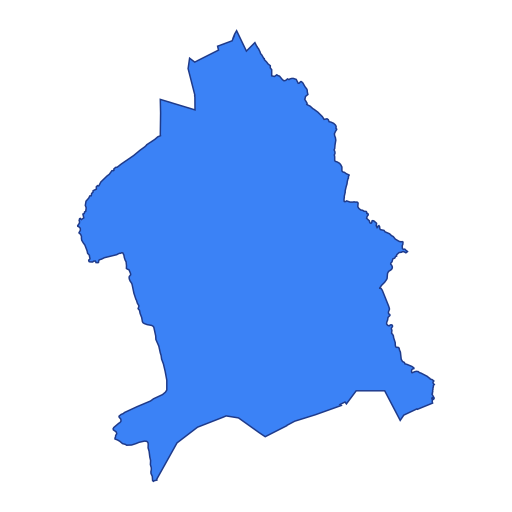 Zaka, Masvingo, Zimbabwe (Robinson projection)
{"feature_id": "62879985B3510020236883", "entity_name": "Zaka", "entity_type": "district", "adm_level": 2, "iso_a3": "ZWE", "parent_name": "Zimbabwe", "parent_adm1": "Masvingo", "projection": "robinson", "projection_center": [31.468, -20.378], "detail": "fine", "context": "isolated", "style": "filled", "palette": "blue", "viewbox_px": 512, "rotation_deg": 0, "n_neighbors": 0, "source": "geoboundaries", "source_scale": "gbopen_adm2", "svg_char_len": 6012}
<svg xmlns="http://www.w3.org/2000/svg" viewBox="0 0 512 512"><path d="M236.6,30.7L234.6,34.2L233.4,37.2L233.8,37.0L232.1,40.8L217.6,46.2L218.5,50.1L194.7,62.1L189.6,58.2L188.1,68.6L194.9,95.3L194.6,95.8L194.9,96.9L195.0,109.9L160.3,99.4L160.6,113.2L160.3,134.6L160.5,135.7L157.8,136.8L154.8,139.4L146.6,144.8L146.6,145.1L144.8,146.8L140.2,150.1L133.7,155.5L121.3,164.0L117.2,167.2L115.6,167.4L113.9,168.9L113.9,170.3L113.6,170.6L111.9,170.7L109.3,174.3L107.0,176.0L100.9,181.9L98.7,186.1L98.8,186.2L97.5,185.6L96.3,186.8L96.4,189.1L93.1,190.7L93.0,192.1L91.6,193.5L91.3,195.7L89.8,195.9L88.8,198.0L86.0,201.2L85.3,205.4L86.2,207.8L85.7,211.4L84.6,211.9L84.2,213.5L82.9,214.1L83.8,217.9L81.3,219.6L80.3,218.4L79.6,218.7L79.6,219.3L79.1,220.2L79.5,221.7L79.4,223.2L77.7,225.6L77.8,226.3L78.3,226.3L80.0,227.9L80.3,228.5L80.4,230.2L79.0,232.7L79.3,233.4L80.4,234.0L81.2,235.7L81.5,236.8L81.4,238.1L81.7,240.2L83.3,242.9L84.9,245.1L87.1,250.9L87.6,253.3L89.4,255.3L89.5,256.5L90.0,258.6L89.9,259.0L88.8,260.0L88.7,260.7L89.1,261.6L90.0,261.9L92.7,262.0L93.5,261.2L95.2,261.0L95.4,261.1L96.0,262.6L98.0,262.7L98.5,262.4L98.7,260.9L99.3,259.8L101.6,259.1L104.4,257.7L116.7,254.7L118.7,253.6L119.6,253.3L120.6,253.3L121.7,252.7L122.8,252.9L123.9,255.1L124.3,257.5L125.2,260.2L126.1,261.8L126.5,265.7L126.4,268.4L127.3,269.1L129.0,269.8L130.5,273.4L130.7,274.8L129.3,276.4L129.1,277.6L129.3,279.0L130.1,281.0L131.6,283.2L132.1,284.5L133.9,293.2L135.9,299.3L136.4,300.1L137.4,303.3L138.8,305.6L138.8,306.5L138.1,308.7L139.5,310.3L140.1,313.4L141.7,317.6L142.4,321.6L143.0,322.7L144.2,323.5L147.1,324.6L151.6,325.4L152.9,326.1L153.8,327.2L155.7,335.9L155.9,339.5L158.8,346.1L160.3,352.9L161.1,355.5L161.6,359.1L163.4,363.9L165.1,371.1L166.8,380.2L166.8,390.0L165.4,392.2L162.5,394.6L153.5,398.8L150.5,401.0L137.0,406.7L124.5,412.5L123.2,413.6L121.2,414.4L119.1,416.1L119.0,416.4L119.2,417.3L120.8,419.1L121.0,420.8L120.8,421.5L119.9,422.6L118.7,423.3L113.8,427.5L113.1,428.8L113.4,429.9L116.1,431.8L116.7,433.3L116.6,434.1L115.7,435.3L115.5,437.0L115.0,438.0L115.0,439.0L117.4,439.9L119.8,441.3L122.5,443.6L125.5,444.4L126.5,445.2L131.6,445.0L136.2,443.5L139.1,442.3L144.5,441.1L146.6,441.3L147.6,442.1L148.0,442.8L148.2,444.0L148.1,447.9L149.1,451.3L149.8,457.0L150.6,460.5L150.4,464.6L151.3,467.8L151.3,469.7L150.9,471.8L151.0,473.5L152.3,476.4L152.6,480.7L153.6,481.3L153.9,480.8L156.9,480.1L156.8,479.1L177.0,442.9L197.5,427.2L223.6,417.0L226.1,415.9L238.5,417.9L259.1,432.6L265.2,436.7L286.8,425.7L287.0,425.3L294.7,421.2L315.5,414.7L341.2,405.5L340.0,404.5L345.0,402.0L346.4,403.9L356.2,390.8L384.7,390.8L400.2,420.4L403.8,415.1L416.9,408.9L417.4,409.3L432.6,403.1L432.2,401.5L432.4,400.2L431.8,398.3L432.2,397.7L432.9,397.9L433.1,399.1L433.6,399.3L434.2,398.1L432.0,394.1L432.6,392.9L432.4,392.4L432.8,391.2L432.6,390.1L433.0,389.2L432.9,388.0L433.3,387.0L433.4,385.4L434.3,384.5L433.5,383.7L433.0,382.8L433.0,382.1L433.7,381.3L433.8,380.9L432.1,379.6L430.3,379.1L429.8,378.3L428.5,377.5L427.5,376.5L421.0,373.1L419.4,372.6L418.3,371.6L416.4,371.3L414.7,371.7L412.4,372.7L411.8,372.6L411.5,371.4L411.7,369.8L412.4,369.1L413.9,368.6L413.8,367.8L411.8,366.4L407.0,364.4L404.9,363.8L404.4,362.5L402.5,361.5L401.2,359.2L400.4,352.1L399.5,350.0L399.1,348.1L398.0,347.3L396.6,347.4L396.0,347.1L395.6,346.5L395.3,345.1L395.2,342.6L393.6,337.6L393.4,335.9L392.6,334.3L391.6,333.4L391.9,330.1L391.4,329.2L391.4,328.0L392.5,326.6L392.4,325.4L391.8,324.9L390.9,324.8L390.0,325.1L389.6,325.7L388.6,325.7L387.8,325.4L386.7,324.2L386.6,323.2L386.8,322.0L387.6,320.1L388.0,317.4L389.9,315.5L389.8,314.5L388.8,313.9L388.4,313.0L388.5,311.7L389.4,309.5L389.4,308.5L388.6,306.0L382.3,290.3L381.1,288.5L379.7,288.3L379.7,287.9L380.8,286.6L381.2,285.7L384.6,282.3L386.6,279.5L387.1,278.4L387.5,273.6L388.1,272.2L389.1,271.0L390.7,270.1L391.9,268.9L392.3,267.8L392.3,266.8L391.7,265.3L390.7,264.2L390.7,263.6L390.9,263.0L392.0,261.8L392.8,258.9L394.7,258.1L395.6,256.5L396.6,256.1L396.5,255.5L396.8,254.6L399.0,252.6L401.6,252.2L402.3,251.7L403.9,251.7L405.9,252.8L407.5,251.6L406.6,250.7L406.1,250.5L405.0,249.3L404.3,249.1L403.3,249.4L402.4,248.5L402.2,245.8L402.8,244.4L403.0,242.1L402.2,241.6L401.1,241.8L399.2,241.4L395.3,239.1L393.3,236.6L391.5,235.6L389.6,233.8L385.0,231.8L384.0,230.4L380.4,229.6L379.8,228.6L379.6,226.6L378.9,225.6L377.9,226.2L377.6,227.4L377.1,227.7L376.2,225.6L376.6,223.7L376.5,223.2L374.0,221.0L372.8,220.6L372.1,220.8L371.6,222.8L371.3,223.1L370.4,223.2L369.7,222.4L369.3,220.8L366.6,218.3L367.2,216.2L368.2,215.0L368.2,214.1L367.7,213.6L366.8,213.5L366.8,212.4L366.2,211.5L363.9,211.2L362.7,210.3L360.8,210.0L358.9,208.5L357.8,206.7L358.1,203.1L357.6,202.4L357.1,202.1L355.1,202.1L354.0,201.8L353.2,202.1L350.1,202.1L346.6,200.9L345.6,201.6L344.4,201.6L344.1,201.1L344.0,199.2L344.3,197.5L344.3,196.1L345.2,192.3L345.2,190.8L346.2,186.5L347.0,183.9L347.3,181.4L348.1,178.4L348.4,178.2L348.4,176.4L349.0,175.6L349.1,175.0L346.1,173.6L344.4,172.3L343.4,172.2L342.3,171.5L341.9,170.6L341.9,167.0L340.6,164.5L339.4,163.2L336.9,161.8L335.4,161.4L334.7,160.5L334.7,156.8L334.3,154.9L334.9,153.7L335.0,152.8L334.8,151.5L334.1,149.9L334.7,148.6L335.0,145.0L335.8,140.2L335.4,137.6L334.7,135.9L334.4,133.8L335.5,131.3L336.7,129.5L336.7,129.1L336.0,128.4L336.1,126.3L335.4,125.0L333.6,123.3L330.9,122.1L329.1,121.7L328.3,119.7L327.0,118.8L324.1,119.4L322.4,116.7L317.9,112.2L314.0,109.3L312.9,108.7L310.2,106.2L306.8,104.5L307.1,103.9L307.0,103.1L304.7,99.2L305.3,97.9L305.3,96.9L306.1,95.9L307.9,94.5L307.3,91.9L307.2,90.1L306.7,88.9L304.9,86.6L302.9,83.0L301.4,81.6L300.6,81.6L299.2,83.2L298.2,83.3L296.2,79.4L293.3,78.4L291.9,78.4L290.0,78.9L289.0,79.6L287.5,78.9L285.7,80.4L284.0,80.8L282.4,79.6L279.5,76.1L278.1,75.7L276.8,74.8L274.4,76.5L271.7,75.8L271.7,69.7L270.3,67.9L270.3,65.7L268.0,63.9L266.7,62.1L264.4,59.7L264.3,58.6L263.8,58.5L261.6,54.7L260.6,53.7L260.0,51.8L258.3,48.3L257.4,47.6L257.1,46.5L256.7,46.2L254.9,42.6L246.4,51.1L236.6,30.7Z" fill="#3b82f6" stroke="#1e3a8a" stroke-width="1.5"/></svg>